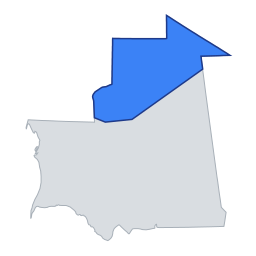 Mauritania, with Tiris Zemmour highlighted
{"feature_id": "MRT-2783", "entity_name": "Tiris Zemmour", "entity_type": "Region", "adm_level": 1, "iso_a3": "MRT", "parent_name": "Mauritania", "parent_adm1": "", "projection": "albers", "projection_center": [-9.84, 24.319], "detail": "fine", "context": "in_parent", "style": "filled", "palette": "blue", "viewbox_px": 256, "rotation_deg": 0, "n_neighbors": 0, "source": "natural_earth", "source_scale": "10m", "svg_char_len": 4814}
<svg xmlns="http://www.w3.org/2000/svg" viewBox="0 0 256 256"><path d="M104.8,239.5L104.4,239.3L102.6,238.0L101.7,236.4L100.3,235.3L98.2,234.5L96.9,233.6L96.3,232.6L95.6,231.9L94.8,231.5L94.7,231.2L94.9,230.7L94.8,229.8L93.6,227.7L92.5,226.8L91.6,226.9L91.0,226.7L90.7,226.2L90.6,225.6L90.0,225.0L88.8,224.7L88.0,223.2L87.4,220.4L86.5,218.3L85.5,216.7L84.7,216.1L84.1,216.0L84.0,215.8L83.8,215.3L83.0,215.1L81.8,215.6L80.7,215.4L80.2,214.6L79.5,214.5L78.5,215.1L77.5,214.9L76.4,213.9L75.8,212.9L75.7,211.9L73.9,210.0L70.2,207.0L66.2,205.5L61.8,205.5L59.3,205.3L58.8,204.8L58.2,204.8L57.7,205.3L57.1,205.4L56.5,205.1L56.1,205.3L55.9,206.0L54.4,206.4L51.4,206.3L49.0,206.6L47.2,207.4L44.6,207.7L41.3,207.4L39.3,207.0L38.6,206.5L37.6,206.3L36.4,206.5L35.2,207.9L34.1,210.4L33.3,211.9L32.6,212.2L31.8,214.1L31.3,217.3L30.7,218.6L31.0,210.6L32.1,207.7L32.6,205.1L34.9,199.4L37.5,194.7L40.0,188.5L41.1,182.4L41.1,176.4L40.7,171.0L39.7,167.4L38.9,162.3L37.4,159.5L34.6,157.0L34.0,155.6L34.7,155.1L36.5,154.8L37.7,153.0L35.3,153.6L38.3,148.1L39.4,144.3L39.3,141.8L39.9,140.3L38.0,136.8L36.6,132.4L35.8,131.7L34.9,131.3L34.8,132.3L34.3,133.2L33.3,132.6L31.7,129.4L29.4,124.3L28.6,123.7L27.8,124.4L27.3,125.0L26.3,129.2L26.1,127.5L26.6,125.5L27.3,123.1L28.2,119.8L30.3,119.9L34.2,120.1L41.9,120.5L45.7,120.6L53.4,120.9L57.3,121.1L65.0,121.4L68.9,121.5L76.6,121.7L80.4,121.8L88.1,122.0L92.0,122.1L94.5,122.2L94.4,119.8L94.3,117.9L94.2,115.3L94.1,112.8L94.0,110.2L94.0,107.9L93.9,105.5L93.8,103.3L93.7,101.2L93.5,100.0L92.8,97.7L92.6,96.5L92.9,95.3L93.4,94.2L95.0,92.1L97.2,90.6L99.9,88.8L101.9,87.4L102.9,87.1L106.0,86.6L108.4,85.6L110.8,84.6L111.8,84.0L112.0,82.1L112.6,38.4L124.1,38.6L127.1,38.6L148.3,38.7L151.3,38.7L166.7,38.6L166.7,36.6L166.6,33.6L166.6,29.6L166.6,25.5L166.5,18.4L166.5,15.4L169.5,17.3L175.6,21.2L178.6,23.2L184.8,27.1L190.9,31.0L197.1,34.8L200.2,36.8L203.3,38.7L206.4,40.6L209.5,42.5L215.7,46.3L218.3,47.9L222.3,50.5L226.1,52.9L229.9,55.3L224.2,55.5L216.5,55.7L211.3,55.9L206.0,56.0L200.9,56.1L201.5,60.2L202.0,64.7L202.6,69.2L203.2,73.7L203.8,78.1L205.5,91.6L206.1,96.0L206.7,100.5L207.3,105.0L207.9,109.5L209.1,118.4L209.7,122.9L210.3,127.3L210.9,131.8L211.5,136.3L212.1,140.7L213.3,149.6L213.9,154.1L214.5,158.6L215.1,163.0L215.7,167.5L216.3,171.9L216.9,176.4L217.6,180.8L218.8,189.7L219.4,194.1L220.1,198.6L220.7,203.0L221.3,207.3L223.4,209.5L226.1,212.3L225.5,216.3L224.8,221.1L223.9,226.4L216.6,226.6L209.5,226.8L191.6,227.2L188.0,227.3L170.1,227.5L166.5,227.5L159.6,227.6L157.5,227.4L156.8,227.0L156.5,224.3L155.9,224.5L155.2,225.3L154.8,226.2L154.9,227.3L154.8,228.2L152.5,228.6L149.4,229.3L146.1,229.8L142.8,229.6L141.7,229.4L140.5,229.0L137.9,228.6L136.4,228.6L134.8,228.6L132.9,228.8L132.2,229.3L130.8,231.3L129.3,233.7L128.4,233.7L127.4,232.4L124.5,229.9L121.1,226.7L119.6,225.1L118.7,224.9L117.1,226.0L115.7,227.1L114.2,228.6L113.5,230.1L112.9,231.8L112.7,233.9L112.1,236.3L110.9,238.2L109.4,239.6L108.3,240.3L107.9,240.6L104.8,239.5ZM36.7,149.5L35.6,151.2L35.1,150.5L35.0,149.3L36.0,147.7L36.5,146.9L37.4,146.7L36.7,149.5Z" fill="#d9dde1" stroke="#a8b0b8" stroke-width="1"/><path d="M166.5,15.4L169.7,17.4L172.9,19.5L176.1,21.6L179.3,23.6L182.5,25.7L185.7,27.7L189.0,29.8L192.2,31.8L195.5,33.8L198.7,35.9L202.0,37.9L205.2,39.9L208.0,41.6L210.8,43.3L213.5,45.0L215.9,46.5L216.3,46.7L218.3,47.9L221.2,49.8L224.1,51.6L227.0,53.4L229.9,55.3L226.3,55.4L222.7,55.5L219.0,55.7L215.4,55.8L211.8,55.9L208.2,56.0L204.6,56.1L201.0,56.2L201.2,57.6L201.3,59.0L201.5,60.5L201.7,61.9L201.9,63.3L202.1,64.8L202.3,66.2L202.5,67.6L202.7,69.1L132.0,119.4L105.3,122.1L94.8,117.9L94.4,117.7L94.1,110.3L93.9,105.7L93.7,101.2L93.5,100.1L92.8,97.7L92.6,96.6L92.9,95.4L93.4,94.2L94.9,92.2L95.2,91.8L96.9,90.7L99.0,89.3L100.8,88.1L101.9,87.4L102.9,87.1L105.7,86.7L106.3,86.6L110.0,84.9L111.7,84.4L111.9,84.2L112.0,83.5L112.0,82.1L112.0,80.7L112.0,79.4L112.0,78.0L112.1,76.6L112.1,75.3L112.1,73.9L112.1,72.5L112.1,71.2L112.2,69.8L112.2,68.4L112.2,67.1L112.2,65.7L112.3,64.4L112.3,63.0L112.3,61.6L112.3,60.3L112.3,58.9L112.4,57.5L112.4,56.2L112.4,54.8L112.4,53.4L112.4,52.1L112.5,50.7L112.5,49.3L112.5,48.0L112.5,46.6L112.6,45.3L112.6,43.9L112.6,42.5L112.6,41.2L112.6,39.8L112.7,38.4L114.3,38.5L115.9,38.5L117.6,38.5L119.2,38.5L120.8,38.6L122.5,38.6L124.1,38.6L125.7,38.6L127.4,38.6L129.0,38.6L130.6,38.6L132.2,38.7L133.9,38.7L135.5,38.7L137.1,38.7L138.8,38.7L140.4,38.7L142.0,38.7L143.7,38.7L145.3,38.7L146.9,38.7L148.6,38.7L150.2,38.7L151.8,38.7L153.5,38.7L155.1,38.7L156.7,38.7L158.4,38.7L160.0,38.7L161.6,38.7L163.3,38.7L164.9,38.7L166.3,38.6L166.6,38.5L166.7,38.3L166.7,37.5L166.7,37.2L166.7,36.5L166.7,35.5L166.7,34.0L166.6,32.4L166.6,30.5L166.6,28.5L166.6,26.4L166.6,24.4L166.6,22.4L166.5,20.5L166.5,18.8L166.5,17.4L166.5,16.3L166.5,15.6L166.5,15.4Z" fill="#3b82f6" stroke="#1e3a8a" stroke-width="1.5"/></svg>